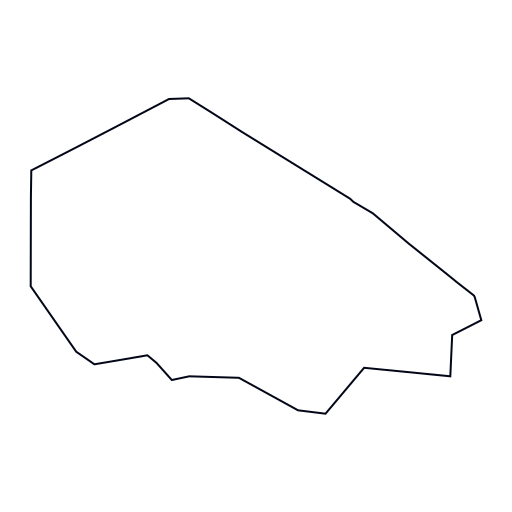 outline of Pariang, Unity, South Sudan
{"feature_id": "79223893B45292827901182", "entity_name": "Pariang", "entity_type": "district", "adm_level": 2, "iso_a3": "SSD", "parent_name": "South Sudan", "parent_adm1": "Unity", "projection": "albers", "projection_center": [30.206, 9.837], "detail": "fine", "context": "isolated", "style": "outline", "palette": "ink", "viewbox_px": 512, "rotation_deg": 0, "n_neighbors": 0, "source": "geoboundaries", "source_scale": "gbopen_adm2", "svg_char_len": 503}
<svg xmlns="http://www.w3.org/2000/svg" viewBox="0 0 512 512"><path d="M325.5,413.7L364.1,367.8L450.3,376.3L452.2,335.0L481.3,320.2L474.8,297.3L474.0,295.6L456.2,281.7L453.6,279.5L408.5,243.4L372.8,213.3L353.4,201.9L350.2,198.8L242.2,132.1L213.7,113.9L188.8,98.3L169.0,99.0L139.4,114.5L115.3,127.1L72.7,149.2L31.3,170.4L30.9,197.8L30.7,286.3L76.2,351.7L94.4,364.3L147.4,355.3L156.5,362.9L171.8,380.0L189.3,376.3L238.9,377.8L298.0,410.3L325.5,413.7Z" fill="none" stroke="#020617" stroke-width="2"/></svg>